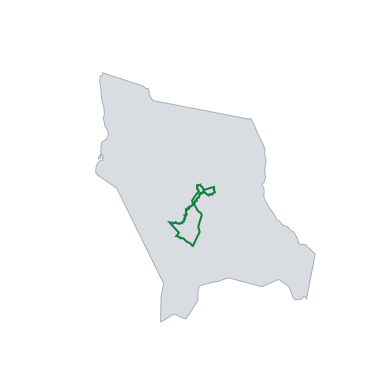 location of Isiolo North, Eastern, Kenya, rotated 154°
{"feature_id": "3690345B29935700450408", "entity_name": "Isiolo North", "entity_type": "district", "adm_level": 2, "iso_a3": "KEN", "parent_name": "Kenya", "parent_adm1": "Eastern", "projection": "equal_earth", "projection_center": [38.187, 1.182], "detail": "fine", "context": "in_parent", "style": "outline", "palette": "green", "viewbox_px": 384, "rotation_deg": 154, "n_neighbors": 0, "source": "geoboundaries", "source_scale": "gbopen_adm2", "svg_char_len": 7581}
<svg xmlns="http://www.w3.org/2000/svg" viewBox="0 0 384 384"><g transform="rotate(154 192 192)"><path d="M106.9,232.3L106.8,227.4L107.3,214.9L107.2,204.0L107.7,198.5L109.7,195.0L110.6,192.5L111.3,188.9L112.4,186.1L114.7,183.7L115.2,182.4L117.7,178.5L119.2,173.5L120.4,171.8L121.8,170.2L122.8,169.4L124.4,168.5L125.7,168.1L126.0,167.7L126.1,166.9L125.7,163.7L126.2,162.7L127.1,160.6L128.1,158.7L129.0,157.5L129.5,156.2L129.8,154.0L129.8,152.5L129.8,149.9L129.5,144.1L128.5,139.3L127.8,133.9L128.3,132.1L127.5,129.0L127.0,128.8L126.3,128.1L125.5,125.1L124.8,122.4L124.4,121.7L121.5,119.3L120.1,113.7L118.5,112.5L117.7,106.9L117.5,105.3L118.4,99.8L118.3,98.5L117.4,97.3L114.7,96.1L112.5,93.8L112.8,93.0L113.0,92.2L111.8,91.6L108.5,82.1L112.8,76.4L117.2,70.6L122.7,63.3L127.8,56.6L132.2,50.8L136.1,45.6L136.0,46.6L136.1,47.9L136.5,48.7L137.4,49.2L138.5,48.7L139.5,47.8L140.4,47.7L146.3,49.8L147.3,51.7L147.2,53.7L147.5,55.2L147.0,56.7L146.5,61.1L146.7,65.2L148.4,68.3L150.0,70.6L151.2,74.0L152.2,75.0L153.4,75.5L157.5,75.7L163.5,75.9L169.3,76.1L169.8,76.2L171.0,76.6L176.3,81.1L181.2,85.3L185.3,88.8L189.3,92.3L193.2,95.7L196.2,98.5L199.2,99.4L204.0,99.8L207.3,99.9L210.4,101.1L215.0,102.2L218.4,102.8L220.5,103.4L226.2,104.1L227.2,103.7L229.7,100.6L232.6,95.5L233.7,92.7L237.3,89.9L243.8,86.1L248.3,83.3L253.3,80.6L255.6,83.0L258.8,86.8L260.2,88.7L261.4,89.5L263.1,90.1L265.2,90.1L266.3,90.0L268.6,89.5L274.1,89.0L277.2,89.1L274.6,94.1L271.5,100.2L265.7,111.4L261.3,117.3L257.9,121.7L257.6,122.5L257.6,127.5L257.7,139.6L257.8,163.8L257.9,188.1L257.9,212.3L258.0,224.5L258.0,228.5L260.9,233.6L263.8,238.6L267.5,245.2L269.6,248.7L269.9,249.9L269.8,252.3L266.7,257.2L264.1,259.4L260.7,260.5L259.7,260.3L258.3,259.6L257.8,260.8L257.4,262.6L256.6,262.2L256.1,261.7L256.4,265.0L256.7,266.6L256.2,268.8L254.6,270.7L254.4,272.3L250.8,276.5L245.7,277.0L243.0,279.1L241.8,280.8L240.9,284.6L241.2,290.3L239.8,294.8L239.5,297.0L236.9,299.9L235.7,302.5L234.8,305.2L234.1,306.4L233.2,312.4L231.9,316.0L231.6,317.2L231.3,318.3L230.3,320.5L229.7,322.0L229.3,322.9L226.2,332.3L223.7,336.5L221.8,336.0L220.5,337.7L220.4,338.4L219.7,338.0L218.1,336.4L214.9,333.3L211.6,330.1L208.3,326.9L205.0,323.7L201.8,320.6L198.5,317.4L195.2,314.2L191.9,311.0L190.0,309.2L189.2,308.1L188.5,305.9L188.2,305.3L187.3,304.6L186.3,304.5L186.0,304.1L186.0,303.0L186.4,301.5L187.6,298.6L187.7,296.9L187.5,294.9L187.1,291.8L186.8,291.1L184.6,289.5L180.0,286.0L175.5,282.6L170.9,279.2L166.4,275.8L161.8,272.3L157.3,268.9L152.7,265.5L148.2,262.1L143.6,258.7L139.1,255.2L134.5,251.8L130.0,248.4L125.4,245.0L120.8,241.5L116.3,238.1L111.7,234.7L110.0,233.4L108.5,232.3L106.9,232.3ZM258.3,265.6L257.5,265.8L257.9,264.2L260.2,262.1L261.2,262.6L261.4,263.0L261.3,263.5L260.9,263.9L258.3,265.6Z" fill="#d9dde1" stroke="#a8b0b8" stroke-width="1"/><path d="M214.9,143.1L212.2,145.2L211.3,146.0L202.6,152.8L201.6,158.1L193.2,167.1L193.3,169.1L195.0,172.3L195.4,180.3L196.1,180.9L196.2,180.7L196.2,180.4L196.4,180.4L196.6,180.1L196.8,180.0L196.9,179.9L197.2,180.0L197.4,180.0L197.6,180.1L197.8,179.7L198.0,179.6L198.5,179.7L198.9,179.5L199.2,179.6L199.6,179.5L199.9,179.8L200.0,179.6L200.3,179.6L200.5,179.8L200.8,179.7L201.0,179.7L201.3,179.2L201.4,179.4L201.6,179.3L202.0,179.6L202.3,178.9L202.5,179.2L202.8,178.8L202.8,178.6L203.1,178.5L203.4,178.5L203.5,178.6L203.9,178.6L204.0,178.4L204.5,178.6L204.5,178.4L204.7,178.2L204.9,178.3L204.9,178.5L205.0,178.4L205.3,178.6L205.4,178.3L205.3,178.1L205.5,178.0L205.5,177.9L205.5,177.6L205.7,177.2L206.0,177.0L206.3,176.5L206.3,176.1L206.4,175.9L206.3,175.5L206.4,175.4L206.3,175.2L206.4,174.9L206.5,174.8L206.5,174.5L206.7,174.0L206.8,174.0L206.9,173.9L207.1,174.0L207.3,174.0L207.5,174.3L207.6,174.2L207.7,174.3L207.8,174.1L207.9,174.3L207.9,174.1L208.2,174.1L208.3,174.0L208.3,173.8L208.5,173.9L208.4,173.7L208.5,173.6L208.6,173.4L208.7,173.2L209.0,173.0L209.0,172.8L209.2,172.7L209.3,172.7L209.5,172.5L209.8,172.4L209.8,172.0L210.0,171.9L209.9,171.7L210.1,171.6L210.3,171.5L210.2,171.1L210.3,171.1L210.4,170.9L210.5,170.9L210.5,170.7L210.8,170.5L211.0,170.3L211.3,170.2L211.6,170.0L211.7,169.8L211.8,169.6L212.0,169.4L212.1,169.6L212.3,169.3L212.5,169.2L213.2,169.0L213.6,169.2L213.8,169.3L213.9,169.2L214.1,168.8L214.3,169.1L214.5,169.2L214.8,169.1L215.0,168.9L215.2,168.6L215.4,168.8L215.7,168.7L215.9,168.7L216.1,168.9L216.3,168.9L216.6,168.9L216.6,169.0L217.1,169.4L217.5,169.4L217.7,169.6L218.2,169.6L218.3,169.8L218.5,169.9L218.8,170.0L218.9,170.3L219.1,170.6L219.5,170.8L219.5,171.0L219.7,171.6L219.8,171.5L220.1,171.7L220.2,171.8L220.4,171.6L220.5,171.6L220.9,171.7L221.0,171.8L221.3,171.7L221.7,172.0L221.8,171.9L222.1,172.0L222.6,172.3L222.7,172.5L222.8,172.4L223.1,172.9L223.3,172.9L223.5,172.9L223.7,173.1L223.9,173.0L224.1,173.2L224.7,173.9L225.2,174.3L225.4,174.7L225.6,174.8L221.6,161.1L223.6,160.0L225.3,159.3L225.1,159.2L224.6,158.6L224.3,158.6L224.2,158.5L224.1,158.2L223.9,158.0L223.8,157.8L223.2,156.7L223.0,156.3L222.9,156.3L222.8,156.1L222.6,156.0L222.5,155.7L222.3,155.8L222.3,155.5L222.1,155.5L221.8,155.2L221.5,154.9L221.3,154.9L221.0,154.6L220.3,154.3L220.1,154.1L219.5,152.7L219.4,152.0L219.1,151.3L218.7,150.6L218.8,150.2L218.6,150.1L218.5,149.6L218.2,149.2L217.9,149.0L217.7,148.7L217.4,148.5L217.3,148.4L217.0,148.0L216.9,147.6L216.7,147.4L216.3,146.6L216.0,146.2L215.8,145.8L215.6,145.7L215.5,145.2L215.5,144.8L215.4,144.5L215.4,143.9L214.9,143.1ZM184.9,194.0L185.4,194.0L185.9,193.3L185.8,191.9L185.5,191.9L185.4,191.6L185.4,190.3L185.5,189.7L190.6,187.3L195.7,184.2L195.7,183.2L195.8,183.2L195.8,182.9L196.0,182.6L196.1,182.3L196.2,182.0L196.1,181.6L196.1,181.3L196.0,181.1L196.1,180.9L195.5,181.1L195.4,180.9L195.0,180.7L194.8,180.5L194.7,180.5L194.7,180.3L194.5,180.7L194.3,180.8L194.2,181.1L193.8,181.7L193.5,181.8L193.4,182.0L193.2,182.0L192.8,182.7L192.6,182.8L192.4,182.7L192.1,182.5L192.0,182.2L191.7,182.1L191.7,182.3L191.7,182.5L191.1,182.9L191.0,183.3L191.0,183.6L190.8,183.9L190.1,184.0L189.9,184.1L189.7,184.0L189.2,184.1L188.9,184.1L188.7,184.4L188.5,184.6L188.2,184.5L188.1,184.2L187.8,184.4L187.6,184.6L187.5,185.0L187.4,185.1L187.2,185.2L186.9,185.3L186.7,185.6L186.6,185.8L186.6,186.0L186.5,186.3L186.4,186.2L186.2,186.2L185.9,186.4L185.7,186.4L185.6,186.5L185.4,186.5L185.4,186.9L185.4,187.0L185.2,186.9L185.1,187.0L184.9,187.0L184.6,186.8L184.4,187.2L184.2,187.0L183.8,187.1L183.7,186.9L183.5,186.6L183.2,186.5L183.1,186.4L182.9,186.4L182.8,186.6L182.5,186.7L182.4,186.7L182.3,186.8L182.2,186.7L182.1,186.8L181.7,186.8L181.4,186.9L181.0,186.5L180.8,186.5L180.8,186.2L180.6,186.2L180.5,185.5L180.3,185.1L180.3,184.9L180.1,184.7L179.9,184.3L179.5,183.2L179.4,182.7L179.2,182.4L178.8,182.0L178.5,181.5L178.2,181.5L177.7,182.2L177.4,182.1L176.8,182.1L176.7,182.0L176.4,181.8L176.2,181.8L176.2,181.6L175.9,181.6L175.7,181.4L175.6,181.1L175.3,181.0L175.3,180.9L175.2,180.8L174.5,181.1L174.5,181.4L174.3,181.4L174.2,181.2L173.2,181.8L172.9,181.9L172.6,182.0L172.4,182.0L171.9,182.1L171.6,181.8L171.5,182.0L171.5,182.3L171.4,182.6L171.4,184.0L171.3,184.4L171.1,184.4L171.1,184.8L171.0,185.3L170.8,185.3L170.7,185.6L170.6,185.9L170.4,186.1L170.2,186.2L170.2,186.3L170.2,186.8L170.1,187.0L180.9,188.7L180.8,188.9L180.7,189.0L180.7,189.4L180.7,189.5L180.6,190.0L180.4,190.2L180.4,190.7L180.5,190.9L180.5,191.6L180.9,192.0L180.9,192.4L181.1,192.5L181.1,193.0L181.4,193.3L181.4,194.1L181.4,194.3L181.4,194.5L181.4,194.8L181.4,195.1L181.2,195.3L181.3,195.4L181.2,195.5L181.5,195.3L181.6,195.0L182.2,194.9L182.9,195.3L184.4,195.9L184.7,195.4L184.6,195.2L184.7,194.7L184.8,194.2L184.9,194.0Z" fill="none" stroke="#15803d" stroke-width="2"/></g></svg>